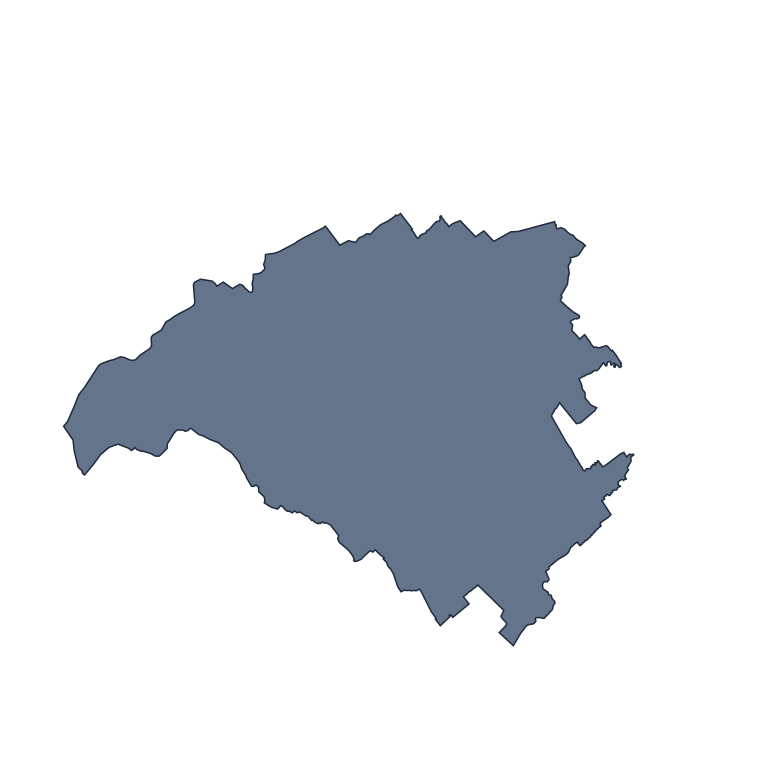 outline of Kota Pasuruan, Jawa Timur, Indonesia, rotated 209°
{"feature_id": "22746128B86769429493629", "entity_name": "Kota Pasuruan", "entity_type": "district", "adm_level": 2, "iso_a3": "IDN", "parent_name": "Indonesia", "parent_adm1": "Jawa Timur", "projection": "albers", "projection_center": [112.897, -7.652], "detail": "fine", "context": "isolated", "style": "filled", "palette": "slate", "viewbox_px": 768, "rotation_deg": 209, "n_neighbors": 0, "source": "geoboundaries", "source_scale": "gbopen_adm2", "svg_char_len": 6171}
<svg xmlns="http://www.w3.org/2000/svg" viewBox="0 0 768 768"><g transform="rotate(209 384 384)"><path d="M643.7,191.7L628.8,184.2L622.4,175.2L611.6,163.4L608.7,162.2L606.8,162.2L604.1,159.6L601.8,159.3L599.2,172.6L597.6,185.2L593.6,195.5L587.5,202.4L576.3,204.0L572.6,203.4L571.3,206.0L571.3,207.7L568.5,206.8L563.9,207.4L562.6,208.2L554.9,210.0L549.0,210.1L545.6,212.0L542.4,222.6L544.4,226.5L543.8,239.5L542.6,243.6L537.3,246.3L534.9,246.3L532.9,248.3L531.9,251.3L530.8,251.6L521.5,250.0L517.1,250.9L509.5,251.1L500.4,252.4L491.6,250.6L485.5,250.3L482.8,249.6L473.8,245.9L470.4,243.8L468.3,241.5L466.4,240.2L460.5,237.0L458.8,235.3L450.3,230.4L448.5,231.1L446.9,233.7L443.4,232.8L441.3,229.0L434.6,227.4L433.6,226.6L432.0,224.9L431.0,221.9L422.7,221.6L416.3,223.1L415.4,227.6L413.4,227.6L409.9,226.2L407.2,225.8L405.1,226.8L401.8,226.8L400.8,229.6L397.5,229.3L395.5,231.3L388.2,230.7L387.8,231.2L385.5,231.3L381.1,229.6L380.6,230.3L377.8,229.7L374.0,229.8L372.9,231.1L372.2,231.0L370.7,233.6L368.9,233.3L367.4,234.5L362.7,234.8L350.1,229.4L349.6,226.3L346.3,223.8L334.6,221.4L331.5,220.2L327.7,218.3L325.0,216.0L325.0,215.0L323.5,214.6L321.3,216.4L318.7,220.1L318.7,221.2L315.4,231.3L313.3,231.8L312.3,231.5L311.3,234.7L305.0,232.8L299.3,232.1L299.9,230.7L299.6,230.5L294.9,229.1L293.0,227.1L290.4,225.6L289.7,226.0L283.8,222.6L273.6,213.3L268.4,210.5L266.2,213.7L264.2,214.2L261.3,216.1L260.0,216.2L257.7,218.0L255.7,218.7L253.6,221.8L250.7,220.4L232.0,207.6L224.9,204.4L225.2,203.3L217.6,199.9L213.6,212.4L214.7,213.1L214.4,213.8L213.7,213.5L213.3,214.4L210.7,213.2L203.0,232.9L211.5,236.4L209.8,239.9L208.8,243.9L207.8,245.0L206.5,248.8L205.4,250.5L204.6,253.7L169.5,244.1L169.0,237.4L167.3,236.4L161.7,234.6L160.4,233.7L160.3,231.5L162.7,222.4L144.0,217.8L143.6,232.6L142.2,241.6L140.6,243.9L138.2,245.6L136.7,247.3L136.1,250.1L138.1,252.3L137.9,253.1L134.9,255.1L130.4,256.5L127.5,267.9L127.5,269.0L128.5,271.5L128.3,275.5L129.2,276.5L133.6,278.2L134.4,279.5L135.3,280.2L138.0,279.7L139.5,281.4L145.5,282.0L147.0,283.6L148.4,285.9L148.4,287.9L147.6,289.0L145.3,290.1L144.8,292.6L145.5,293.7L151.7,298.5L150.0,302.2L151.0,304.3L146.5,315.5L142.7,321.7L141.6,324.2L141.1,326.1L141.5,331.4L139.9,336.1L138.4,339.4L134.5,337.6L134.0,337.9L133.0,340.6L133.2,341.2L132.2,342.9L132.2,344.5L131.5,344.9L130.4,346.7L130.6,348.1L129.3,350.0L129.5,352.1L128.9,352.5L128.5,355.4L127.9,356.5L128.3,357.1L127.4,358.6L127.6,360.1L126.7,361.1L126.3,363.2L125.4,364.5L125.5,365.2L126.9,365.9L126.8,366.5L127.6,367.1L123.2,376.3L122.2,379.8L136.8,387.5L135.2,390.4L137.1,391.7L136.5,393.0L135.4,393.9L135.6,395.1L135.2,395.9L133.2,395.6L132.4,396.0L132.2,397.6L132.6,398.5L131.5,399.9L132.2,401.3L131.6,402.4L129.2,404.2L129.2,406.9L127.7,409.0L128.3,409.4L130.0,409.2L131.6,411.4L131.4,412.3L130.6,414.6L129.6,415.7L128.0,416.2L127.6,416.0L127.5,417.0L126.1,418.1L126.2,418.7L127.9,419.1L129.1,422.0L128.5,427.4L129.7,427.7L130.6,429.1L130.5,436.5L132.2,438.7L132.5,440.1L131.2,443.1L132.1,443.4L133.6,441.9L135.2,441.8L136.5,437.9L141.1,440.5L143.4,437.2L151.5,418.9L152.8,417.6L158.8,420.5L159.8,420.6L160.1,420.3L159.4,418.4L161.4,417.4L159.9,415.8L162.3,414.9L162.1,413.6L163.0,412.4L162.2,410.2L165.6,408.4L166.3,406.7L166.1,405.5L167.0,405.1L168.3,405.3L170.2,407.0L171.6,407.4L178.4,411.5L180.0,411.9L189.6,418.3L191.2,418.7L197.1,421.8L221.9,437.0L222.3,439.5L222.0,442.8L222.5,443.9L221.4,446.8L221.4,452.7L196.5,442.6L193.2,445.5L186.7,462.8L186.5,466.3L193.1,465.9L201.5,469.4L204.0,473.9L208.4,475.9L209.8,478.1L212.2,480.3L215.8,482.8L214.0,486.4L212.0,488.8L211.9,489.9L211.0,490.5L207.9,494.4L207.0,496.5L207.1,497.1L206.5,497.8L204.4,498.8L203.4,501.2L202.5,508.8L202.0,509.0L199.3,507.5L198.5,507.5L198.1,507.9L198.3,509.1L198.8,509.7L199.0,511.6L198.0,512.8L196.3,512.9L195.8,512.5L195.5,511.2L194.2,510.9L192.9,513.8L191.6,513.6L191.5,511.5L191.8,511.1L190.9,510.3L190.1,510.6L190.6,512.4L190.1,513.5L188.8,513.6L187.4,512.9L185.7,512.8L184.8,514.4L186.3,515.7L186.4,517.1L196.0,522.2L200.6,524.2L201.0,523.1L206.5,525.3L208.1,525.4L213.7,519.6L216.4,519.1L218.5,517.8L223.0,519.6L223.7,520.4L232.4,524.4L234.9,518.0L238.0,519.5L245.6,521.8L247.3,526.4L248.1,527.4L251.0,528.4L251.3,529.0L249.5,532.7L248.4,533.8L246.9,534.4L245.4,536.3L245.6,537.7L247.0,538.6L253.0,538.7L260.8,540.1L270.0,542.4L270.6,543.8L270.1,545.1L270.6,546.3L271.1,546.9L272.0,547.0L272.1,547.4L271.9,560.2L274.8,567.1L275.5,570.4L280.1,576.6L280.1,582.0L282.3,584.9L280.4,586.3L277.1,589.8L276.3,591.8L275.6,600.8L274.9,602.6L278.7,603.6L285.8,603.9L291.3,605.9L292.0,605.2L296.0,605.5L301.2,607.0L305.2,606.5L307.7,603.6L310.7,605.7L310.4,606.5L312.3,607.2L313.5,608.7L340.4,582.6L346.9,578.5L357.1,562.0L370.4,566.2L371.0,566.1L375.3,557.2L396.5,563.8L400.3,559.4L402.2,556.4L403.6,553.0L406.2,554.5L409.0,555.2L411.7,556.7L414.2,557.5L414.3,558.0L415.6,558.8L416.3,557.7L414.7,555.0L414.6,553.5L416.9,551.3L417.4,550.4L419.6,540.5L421.0,538.8L420.6,536.7L423.6,532.9L424.5,531.1L424.4,529.0L425.0,527.8L426.7,528.2L432.5,531.5L434.7,531.9L434.2,533.1L434.9,533.5L452.2,541.1L453.7,537.9L455.8,537.3L455.9,535.6L457.3,533.2L457.3,532.2L458.6,530.9L458.8,529.5L464.2,521.6L467.3,513.3L468.4,508.5L468.8,508.1L470.2,508.0L472.2,506.7L473.8,503.3L476.6,499.9L477.1,497.4L477.1,494.7L479.5,493.4L484.5,492.2L490.0,484.0L511.7,493.7L513.2,490.6L525.4,472.5L529.1,466.3L529.9,464.1L540.5,448.1L543.3,445.2L550.4,439.8L548.0,434.9L547.3,430.3L544.4,427.6L544.2,426.5L545.2,422.6L546.9,420.2L548.1,418.9L550.8,417.2L551.4,416.3L549.2,412.2L547.9,407.6L546.0,405.5L544.3,402.3L544.1,399.9L546.4,399.2L552.4,400.6L555.2,401.7L558.4,401.4L562.8,394.0L574.0,395.2L577.6,388.6L580.5,390.0L584.1,390.7L585.0,390.4L595.3,386.7L598.7,381.7L599.1,380.3L598.8,378.4L589.3,364.0L588.6,362.0L589.0,359.5L591.3,355.2L597.1,346.6L600.3,341.2L602.6,336.1L604.8,332.8L604.9,323.1L609.8,314.9L610.2,312.8L609.9,311.3L605.9,304.9L605.9,302.2L606.7,300.0L611.3,291.1L612.9,285.3L613.7,284.1L616.2,282.3L619.6,281.6L623.6,281.4L627.7,280.0L632.2,274.3L635.6,271.2L641.5,264.2L642.5,261.6L644.3,235.8L645.8,226.8L644.1,214.3L642.6,198.0L643.7,191.7Z" fill="#64748b" stroke="#1e293b" stroke-width="1.5"/></g></svg>